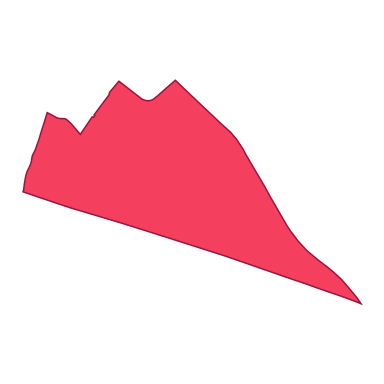 the district of Hadaiq Al-Qubba, Al Qahirah, Egypt, rotated 270°
{"feature_id": "37247803B1921003738807", "entity_name": "Hadaiq Al-Qubba", "entity_type": "district", "adm_level": 2, "iso_a3": "EGY", "parent_name": "Egypt", "parent_adm1": "Al Qahirah", "projection": "equal_earth", "projection_center": [31.283, 30.086], "detail": "fine", "context": "isolated", "style": "filled", "palette": "rose", "viewbox_px": 384, "rotation_deg": 270, "n_neighbors": 0, "source": "geoboundaries", "source_scale": "gbopen_adm2", "svg_char_len": 1758}
<svg xmlns="http://www.w3.org/2000/svg" viewBox="0 0 384 384"><g transform="rotate(270 192 192)"><path d="M80.3,361.0L84.3,358.3L87.7,355.8L97.5,347.6L104.3,341.7L106.6,339.3L111.2,334.3L115.1,329.6L115.4,329.3L123.0,319.4L129.6,311.4L132.3,308.1L133.9,306.4L134.6,305.7L140.2,300.6L143.4,297.7L148.3,294.1L153.0,290.4L159.0,286.6L167.2,281.8L175.1,277.3L184.4,271.9L187.8,269.9L196.8,265.1L218.3,252.4L229.1,246.1L235.5,242.6L240.8,239.1L245.1,236.3L248.0,233.7L251.5,230.8L255.1,226.8L255.3,226.6L255.5,226.4L260.7,220.7L263.2,218.0L278.7,201.6L297.5,181.8L301.2,178.0L302.5,176.7L303.1,176.0L303.7,175.3L295.7,166.1L288.1,157.5L285.0,153.6L284.7,153.1L284.4,152.7L284.2,152.2L283.9,151.6L283.7,151.1L283.6,150.5L283.5,149.9L283.4,149.3L283.3,148.7L283.3,148.1L283.3,147.6L283.3,147.0L283.4,146.4L283.5,145.8L283.7,145.2L284.8,142.1L285.7,141.0L286.6,139.8L302.8,118.9L292.2,110.0L291.8,109.7L291.4,109.5L290.9,109.4L290.5,109.3L290.3,109.3L290.0,109.2L289.6,109.2L289.2,109.0L288.8,108.8L288.4,108.5L276.5,99.5L271.7,96.0L269.0,94.0L268.7,94.4L268.5,94.8L266.5,93.5L266.8,92.8L267.2,92.2L249.6,80.3L260.1,71.4L263.9,67.3L264.3,66.8L264.8,66.2L265.3,64.8L265.4,64.1L265.4,63.3L265.5,60.0L265.8,58.1L266.1,57.3L266.4,56.5L268.4,52.9L271.4,47.2L263.8,44.9L251.2,40.9L244.7,39.0L234.0,35.2L231.1,33.7L227.9,32.2L222.3,31.3L219.6,30.5L216.3,29.0L212.7,27.2L209.2,26.1L206.3,25.4L200.4,24.4L194.0,23.6L193.1,23.3L192.2,23.0L186.9,38.4L180.3,57.9L176.6,69.1L176.3,70.0L176.0,70.9L169.9,91.4L165.1,107.5L161.1,120.8L153.7,144.4L131.6,213.9L128.1,224.8L126.6,229.1L103.9,294.6L102.3,299.6L101.3,302.4L95.9,317.6L92.3,327.9L89.1,337.3L88.7,338.4L88.4,339.4L87.5,342.0L85.0,348.8L82.3,356.0L80.3,361.0Z" fill="#f43f5e" stroke="#9f1239" stroke-width="1.5"/></g></svg>